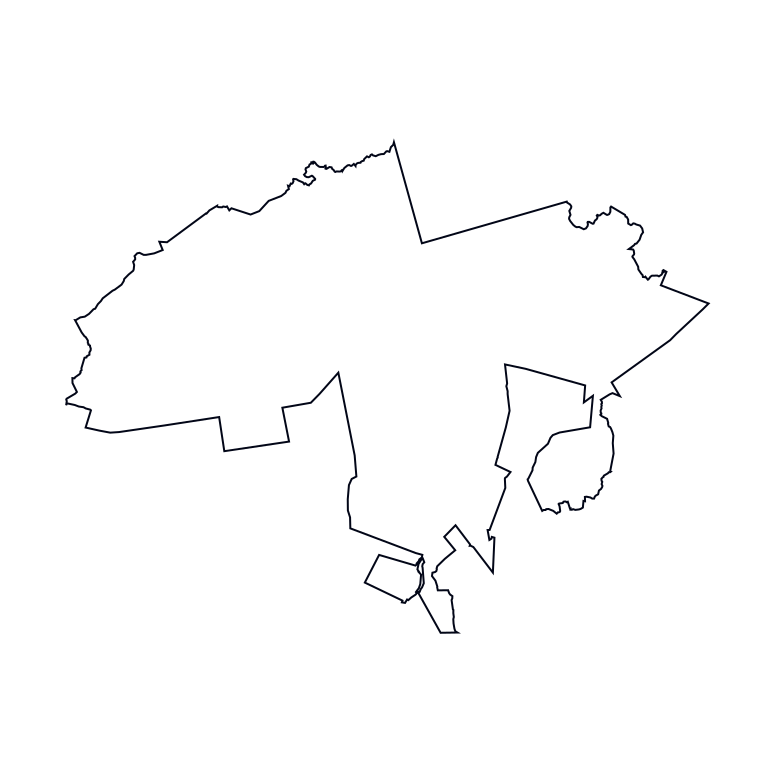 the district of Coronado, Chihuahua, Mexico, rotated 186°
{"feature_id": "50627088B73123540840509", "entity_name": "Coronado", "entity_type": "district", "adm_level": 2, "iso_a3": "MEX", "parent_name": "Mexico", "parent_adm1": "Chihuahua", "projection": "orthographic", "projection_center": [-105.103, 26.672], "detail": "fine", "context": "isolated", "style": "outline", "palette": "ink", "viewbox_px": 768, "rotation_deg": 186, "n_neighbors": 0, "source": "geoboundaries", "source_scale": "gbopen_adm2", "svg_char_len": 6163}
<svg xmlns="http://www.w3.org/2000/svg" viewBox="0 0 768 768"><g transform="rotate(186 384 384)"><path d="M173.3,281.9L173.4,288.6L171.8,288.4L172.4,292.7L170.8,293.1L166.8,292.7L165.0,291.8L163.1,292.0L162.6,293.9L161.9,295.0L159.5,296.7L159.1,300.5L157.2,302.3L156.3,304.2L156.1,305.5L157.1,307.2L156.7,309.5L157.5,310.5L157.9,312.4L156.7,314.1L156.0,314.5L155.8,315.8L152.0,318.6L151.3,319.7L149.9,319.9L149.3,320.5L149.7,320.6L149.9,321.3L148.4,338.8L150.3,349.1L150.5,356.6L151.8,360.0L153.6,363.4L154.6,364.8L156.1,365.3L157.1,367.9L156.9,368.7L158.5,372.7L164.1,374.8L165.6,375.9L164.7,377.0L164.8,377.6L165.4,378.1L165.8,380.2L165.1,382.5L165.5,383.9L165.2,385.4L165.8,386.7L165.2,387.7L165.5,389.2L166.8,390.9L158.5,397.3L155.8,398.8L148.2,396.6L157.8,409.4L104.0,457.5L98.6,464.3L74.7,491.7L69.6,498.0L119.0,511.1L114.8,525.1L118.0,526.5L118.6,525.9L117.7,524.5L118.9,524.1L118.7,523.2L119.5,521.7L121.8,519.8L123.5,520.4L128.9,519.7L130.2,518.6L132.0,515.6L132.5,515.3L135.2,518.0L135.5,517.5L137.7,517.5L138.2,519.3L139.6,520.5L143.0,524.5L143.5,527.2L148.2,534.2L150.1,536.2L150.3,536.9L148.9,539.0L148.8,539.8L149.6,542.9L150.4,543.8L154.6,543.8L149.8,548.2L149.0,549.6L147.5,550.1L144.9,554.2L143.7,559.3L142.2,561.9L143.5,565.7L145.9,568.3L149.8,569.0L151.4,569.7L152.9,569.8L154.3,568.2L155.1,567.8L157.9,569.1L158.4,573.1L160.1,575.5L161.3,575.7L162.0,577.4L176.7,584.2L177.3,583.3L176.9,578.9L177.8,576.5L179.3,575.6L180.1,575.5L183.7,577.2L185.4,576.0L186.7,574.4L187.9,574.0L189.5,574.5L190.0,573.7L189.2,572.7L189.2,571.5L189.8,570.0L191.3,568.6L192.4,565.4L193.3,565.2L196.9,566.7L198.3,566.5L198.5,565.9L197.9,564.3L198.0,562.4L199.4,559.9L201.5,558.8L206.3,560.6L208.7,560.1L210.1,560.5L212.4,562.0L215.9,565.6L217.2,567.6L217.2,569.2L216.2,571.7L217.8,575.5L216.3,578.8L216.3,580.3L217.7,582.0L220.9,583.6L221.3,584.5L361.0,527.9L399.4,625.5L399.8,622.8L401.9,620.3L402.9,615.5L405.2,615.9L406.0,615.6L408.2,612.7L410.9,612.3L413.5,611.3L416.0,609.7L418.8,610.2L420.0,611.1L421.2,610.4L421.8,608.8L422.8,607.9L424.7,608.6L427.2,605.6L427.5,604.0L429.0,603.4L430.3,602.4L430.5,601.6L432.8,601.2L433.9,600.6L435.1,599.0L435.1,597.8L437.0,599.7L438.9,597.7L439.6,597.4L441.5,598.1L443.1,597.6L446.0,594.7L447.6,591.4L448.0,592.4L448.4,592.2L448.8,591.3L449.9,590.7L453.6,590.4L454.5,589.8L455.2,590.0L456.6,591.7L457.9,592.4L458.8,594.0L460.9,594.1L463.6,592.0L464.1,591.9L464.7,592.1L464.4,593.0L464.9,595.1L465.5,594.9L465.7,594.2L466.9,593.5L470.4,593.2L471.6,593.5L473.9,595.0L475.7,597.0L476.9,597.7L477.6,597.7L477.8,597.3L477.1,596.3L477.6,595.7L478.4,596.0L478.9,597.0L479.5,596.9L479.5,595.6L481.0,594.5L481.5,592.3L484.3,590.5L484.5,589.2L483.5,587.1L483.9,585.8L485.4,583.8L484.1,582.4L482.3,581.7L480.5,581.8L477.5,583.6L476.6,583.2L473.9,580.8L473.9,580.0L476.1,578.6L477.5,575.8L479.0,574.7L479.4,573.7L481.1,574.0L483.1,575.4L483.6,575.3L484.3,574.4L485.7,576.0L490.3,577.4L492.5,578.5L495.5,578.5L495.8,578.1L495.2,576.1L495.9,574.1L496.7,573.4L497.7,573.6L498.6,570.9L500.2,571.2L499.0,567.9L501.2,566.0L502.0,563.8L505.9,560.2L517.8,554.1L526.1,542.9L534.4,538.6L554.1,542.8L556.0,540.5L558.7,544.2L559.8,543.5L562.5,543.7L563.5,542.8L567.2,542.6L568.6,543.1L568.6,543.8L575.8,538.4L578.3,534.9L578.8,535.1L614.6,502.3L622.3,502.0L618.1,494.1L626.2,489.9L634.0,487.6L636.5,487.3L640.8,488.9L643.1,488.2L645.5,485.1L644.7,483.6L644.5,481.9L646.3,479.3L644.9,476.2L644.9,471.7L645.3,470.4L649.4,466.2L653.3,461.3L653.6,459.1L655.4,455.4L661.6,449.7L663.7,448.4L672.7,439.8L674.2,436.9L676.9,433.5L679.1,428.7L680.7,428.0L684.7,422.9L688.6,419.7L693.0,418.5L697.3,415.2L697.9,415.2L690.1,403.7L686.8,400.1L685.7,399.6L683.8,397.3L683.0,396.1L682.9,394.0L682.2,393.3L682.2,392.3L680.4,391.5L680.3,390.7L679.3,388.5L679.3,386.8L680.3,384.6L680.0,382.3L682.5,380.5L682.7,379.3L684.6,378.8L686.6,368.0L686.2,366.1L687.1,365.1L687.3,364.2L686.9,363.6L687.1,363.2L687.7,362.1L691.9,358.4L692.4,357.3L694.5,357.3L693.9,352.4L688.6,344.0L690.0,342.2L698.1,336.2L698.4,335.3L697.7,333.8L697.9,329.7L697.3,331.6L696.8,331.6L689.3,330.8L685.2,329.7L680.4,329.5L678.1,328.5L673.5,327.8L672.7,327.2L676.2,309.5L662.3,307.9L651.2,307.0L642.5,308.5L597.7,319.9L544.5,333.9L535.8,300.5L472.4,316.8L482.6,349.8L454.8,357.7L447.1,367.4L430.6,390.5L405.7,309.9L401.8,289.1L406.2,286.2L408.3,279.8L408.0,265.6L406.7,254.4L403.8,247.8L402.4,236.9L334.8,219.2L328.0,218.1L328.2,215.5L330.5,213.3L330.9,211.5L332.8,208.9L332.7,207.9L333.7,206.7L371.0,213.5L382.3,184.5L343.0,170.5L343.4,168.7L340.2,168.5L338.5,172.1L337.2,171.6L334.6,174.5L330.7,177.7L329.5,179.4L330.5,180.4L328.0,184.6L327.0,188.8L327.2,198.3L329.9,200.7L329.6,200.9L331.4,203.1L330.8,208.7L328.6,213.1L327.1,214.4L325.3,210.9L326.7,208.9L326.9,206.7L326.4,205.3L323.6,190.0L324.9,185.7L326.1,183.7L326.8,181.0L327.2,180.6L328.6,181.2L328.2,180.1L301.7,142.5L285.0,144.5L287.0,145.4L287.7,146.5L288.4,148.1L289.8,153.1L290.5,157.4L290.2,159.6L291.1,163.3L291.4,166.6L291.9,167.0L294.2,176.2L293.7,177.8L293.8,180.2L296.2,181.5L297.4,182.9L298.7,185.6L308.9,184.4L309.9,187.5L309.8,188.1L312.3,193.8L316.2,198.0L316.1,201.4L313.6,202.3L312.4,203.4L312.1,205.5L312.4,206.1L312.0,208.3L305.2,216.5L295.8,226.1L308.1,238.3L298.1,251.0L281.6,233.4L281.8,232.1L281.2,232.3L278.1,231.2L256.0,207.8L258.1,242.7L260.8,243.2L261.0,241.4L262.9,239.9L265.7,249.6L263.7,249.9L252.5,293.3L253.9,302.4L253.7,303.3L252.1,304.7L249.0,309.7L264.7,315.2L263.7,321.6L263.2,322.7L263.4,323.2L263.1,325.0L258.3,353.6L256.3,370.5L260.0,386.9L260.3,389.8L262.1,394.6L261.6,397.4L265.7,416.1L244.7,413.9L183.8,403.6L183.3,386.6L175.0,394.1L174.5,362.5L204.3,354.1L210.8,350.8L212.8,347.9L214.7,341.7L223.8,331.6L225.1,327.2L225.3,322.2L227.4,316.4L227.3,313.7L230.6,304.9L231.2,304.2L230.7,302.8L213.4,274.3L212.1,275.4L210.1,275.6L209.6,276.5L207.3,276.9L202.4,275.5L198.7,273.1L197.7,274.5L196.8,274.6L195.8,275.2L195.5,276.1L196.6,280.7L197.8,282.9L197.4,283.4L193.8,284.3L193.2,285.7L192.2,286.0L191.0,286.1L189.8,285.5L188.9,286.1L186.1,279.7L185.4,279.8L185.4,278.5L183.9,278.6L182.9,279.3L180.6,278.8L177.1,279.6L175.4,280.3L173.3,281.9Z" fill="none" stroke="#020617" stroke-width="2"/></g></svg>